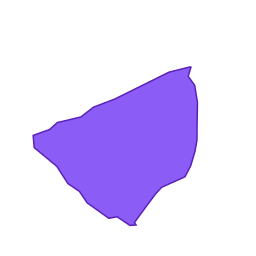 outline of Barnard Hill, Castries, Saint Lucia, rotated 124°
{"feature_id": "8701671B17450854784889", "entity_name": "Barnard Hill", "entity_type": "district", "adm_level": 2, "iso_a3": "LCA", "parent_name": "Saint Lucia", "parent_adm1": "Castries", "projection": "natural_earth1", "projection_center": [-60.989, 14.014], "detail": "fine", "context": "isolated", "style": "filled", "palette": "violet", "viewbox_px": 256, "rotation_deg": 124, "n_neighbors": 0, "source": "geoboundaries", "source_scale": "gbopen_adm2", "svg_char_len": 595}
<svg xmlns="http://www.w3.org/2000/svg" viewBox="0 0 256 256"><g transform="rotate(124 128 128)"><path d="M203.9,67.1L202.7,69.8L191.6,69.4L167.1,68.3L161.5,67.4L158.2,66.9L153.9,64.2L136.6,53.5L124.9,54.8L123.9,55.0L109.9,59.4L107.7,60.4L99.8,63.9L94.7,67.2L90.9,69.8L68.0,84.7L56.6,95.4L55.3,96.6L51.5,107.0L42.4,109.8L42.5,110.6L58.7,125.2L111.6,155.3L129.9,168.2L145.3,173.3L162.9,189.6L173.2,192.2L180.6,197.7L187.2,202.5L196.7,194.8L199.6,165.6L207.7,146.7L207.7,132.9L212.9,120.0L213.6,93.4L207.7,87.4L207.7,71.9L203.9,67.1Z" fill="#8b5cf6" stroke="#5b21b6" stroke-width="1.5"/></g></svg>